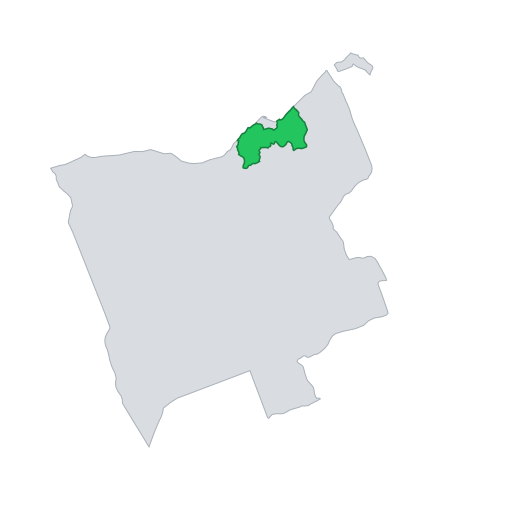 Bengo on a map of Angola (Albers equal-area conic projection), rotated 68°
{"feature_id": "AGO-1877", "entity_name": "Bengo", "entity_type": "Province", "adm_level": 1, "iso_a3": "AGO", "parent_name": "Angola", "parent_adm1": "", "projection": "albers", "projection_center": [13.878, -9.029], "detail": "fine", "context": "in_parent", "style": "filled", "palette": "green", "viewbox_px": 512, "rotation_deg": 68, "n_neighbors": 0, "source": "natural_earth", "source_scale": "10m", "svg_char_len": 7635}
<svg xmlns="http://www.w3.org/2000/svg" viewBox="0 0 512 512"><g transform="rotate(68 256 256)"><path d="M412.6,249.9L413.1,253.4L413.5,258.2L413.8,261.6L414.2,263.2L414.3,264.0L413.8,264.9L413.4,266.9L412.6,268.7L412.2,270.0L412.4,272.3L411.7,279.2L411.5,282.6L412.3,288.8L412.1,290.7L409.9,296.2L409.2,299.0L409.0,300.5L411.1,304.7L411.0,305.5L409.3,305.7L407.9,305.7L360.0,304.6L358.5,375.9L358.3,381.9L359.7,390.0L362.3,398.7L363.4,399.6L366.2,401.2L370.0,404.6L372.2,407.1L376.5,411.5L382.3,417.2L392.9,426.7L356.7,432.7L342.9,434.9L341.7,434.8L339.6,433.8L335.2,433.5L330.0,434.7L325.9,435.0L322.8,434.4L319.9,433.2L317.0,431.4L312.0,430.7L304.8,431.1L297.9,430.6L291.3,429.4L286.5,428.9L283.7,429.1L280.6,428.7L277.3,427.6L274.6,426.0L271.4,422.5L268.8,419.1L268.2,418.6L267.4,418.1L266.6,418.0L252.3,417.6L165.5,417.0L155.5,417.5L154.7,417.4L153.4,417.0L152.6,416.2L149.7,414.4L147.3,412.9L143.9,410.5L141.7,407.9L139.9,407.1L136.6,406.6L134.2,406.1L132.2,406.0L128.7,407.3L126.0,408.5L124.2,409.7L120.9,411.1L118.2,412.5L113.4,412.3L112.3,412.5L109.7,412.4L107.1,411.3L104.6,411.4L101.8,412.9L97.7,413.5L98.6,403.7L99.6,399.3L99.6,394.1L98.9,380.6L98.2,378.7L97.7,376.5L100.2,374.9L101.5,373.6L103.2,371.3L104.4,368.2L105.9,361.2L111.1,345.2L113.5,329.6L116.7,322.1L117.9,313.8L126.7,303.0L128.9,296.4L133.5,293.1L140.1,289.6L144.7,283.5L147.0,279.2L149.5,271.0L149.5,262.5L151.1,251.1L150.8,247.8L148.3,243.3L147.9,240.0L145.6,236.9L143.2,234.5L142.0,230.1L137.8,223.4L136.6,218.8L134.6,215.6L134.3,211.6L133.2,207.3L131.1,203.2L129.1,198.4L129.1,196.9L130.3,195.1L131.5,194.5L131.1,195.4L130.3,196.4L130.5,197.3L138.4,188.9L138.9,187.2L138.7,185.4L138.6,183.1L138.9,180.5L131.4,165.0L125.4,150.6L124.4,143.3L116.4,133.8L113.3,127.5L111.5,123.2L110.2,121.5L110.7,120.7L112.7,120.5L117.2,119.5L123.4,118.3L129.2,115.8L130.7,114.7L133.7,114.4L136.8,115.1L138.0,114.6L138.7,114.6L145.9,114.6L149.0,114.4L154.6,114.4L158.1,114.6L160.1,114.9L165.6,115.4L172.4,115.3L174.8,115.1L183.7,114.9L200.4,114.7L209.1,114.8L215.8,114.9L218.8,115.8L221.6,117.5L222.8,119.1L223.4,119.8L224.2,121.5L225.7,122.8L226.3,124.8L225.8,127.6L226.0,130.9L226.8,134.7L228.6,138.8L231.4,143.1L232.6,146.4L232.2,148.9L233.0,151.6L235.1,154.4L236.6,155.9L237.4,157.0L239.7,161.3L247.2,173.2L248.3,173.9L250.0,173.7L253.5,173.2L257.0,173.1L259.5,174.2L260.5,174.0L264.3,172.1L268.0,171.5L271.9,170.7L274.0,169.9L276.3,169.9L282.7,171.6L283.9,171.7L289.1,171.8L294.2,171.0L295.1,164.1L295.2,162.8L296.4,160.2L298.1,158.0L298.3,155.9L298.2,152.9L299.4,149.4L302.9,146.6L308.6,145.4L311.8,145.2L316.8,144.5L324.5,143.8L327.3,144.0L327.5,144.4L325.8,149.3L325.7,150.9L326.3,152.5L327.6,153.4L342.8,153.9L357.4,154.7L358.2,155.0L358.8,155.4L359.7,157.8L359.4,162.5L357.8,169.5L358.2,175.9L360.6,182.0L360.6,191.3L358.4,203.8L357.8,211.6L358.8,215.0L361.1,218.5L364.7,222.2L367.4,226.9L369.3,232.7L369.9,236.3L369.3,237.8L369.3,240.4L369.8,244.1L369.1,246.5L367.1,247.7L366.4,249.3L367.3,252.5L367.5,255.4L368.8,257.3L369.7,257.4L371.8,256.4L374.2,254.6L376.2,253.8L378.9,254.0L382.7,254.6L389.5,255.0L391.6,254.7L397.9,252.3L399.6,252.1L402.0,252.4L405.5,253.3L409.1,253.5L410.8,252.8L411.0,251.8L411.6,250.4L412.6,249.9ZM130.8,82.4L130.3,82.8L127.5,84.0L124.4,85.1L120.3,89.5L118.3,91.4L117.7,91.9L115.8,93.0L114.5,93.9L114.5,94.4L115.4,95.0L116.3,95.9L116.3,103.1L115.9,110.3L115.4,110.9L112.8,111.1L109.4,111.6L108.3,111.9L107.9,111.2L106.8,108.6L107.4,106.2L108.1,104.3L107.3,100.6L105.5,97.2L103.7,93.0L103.1,92.2L104.6,90.8L107.0,87.8L107.9,86.2L110.7,85.9L111.7,84.8L112.4,83.0L112.7,82.0L115.7,81.2L119.4,79.7L121.4,78.1L123.5,77.0L124.8,77.0L125.7,77.4L128.1,80.2L130.1,82.0L130.8,82.4Z" fill="#d9dde1" stroke="#a8b0b8" stroke-width="1"/><path d="M138.7,186.1L138.6,185.7L138.2,183.9L138.0,183.1L138.3,183.0L138.6,183.0L138.8,183.0L139.0,182.7L139.1,180.5L138.9,179.9L138.7,179.3L136.3,175.5L136.0,175.2L135.6,174.1L135.4,173.6L135.2,173.3L134.9,172.6L134.7,172.3L134.2,171.4L134.0,170.1L132.2,167.0L131.5,165.3L132.9,165.2L133.6,165.0L134.1,164.8L134.3,164.7L134.5,164.5L134.7,164.4L135.4,163.9L135.5,163.8L135.7,164.0L135.9,164.0L136.0,164.1L136.3,164.1L136.5,164.0L136.6,163.9L136.7,163.7L136.8,163.5L137.1,163.3L137.4,163.1L138.0,162.9L139.0,162.7L139.3,162.7L139.5,162.8L140.2,163.3L140.3,163.4L140.6,163.6L140.9,163.7L141.2,163.8L141.9,163.8L142.2,163.8L145.2,162.9L145.4,162.8L145.5,162.6L146.0,162.4L146.5,162.2L146.8,162.2L147.7,162.2L148.0,162.1L148.3,161.9L148.5,161.8L148.9,161.6L149.1,161.5L149.2,161.4L149.3,161.3L149.9,161.1L150.1,160.9L150.3,160.8L152.2,161.0L157.5,161.1L158.4,161.3L158.9,161.8L159.3,162.4L161.1,164.1L162.6,166.0L163.2,166.6L164.0,167.0L166.0,168.0L166.8,168.2L167.4,168.3L168.3,168.3L171.9,167.5L173.2,167.9L173.6,168.3L173.8,168.9L173.6,173.2L173.4,173.7L172.3,175.5L172.0,176.2L171.7,176.9L171.6,178.1L171.7,179.0L172.3,181.3L171.6,181.5L171.4,181.8L171.2,181.8L171.0,181.7L170.9,181.5L170.8,181.4L170.7,181.4L169.5,181.1L169.4,181.1L168.7,181.1L168.4,181.1L168.1,181.1L167.0,181.2L166.9,181.1L166.3,181.0L166.0,180.9L165.3,180.9L164.9,181.0L164.1,181.4L162.9,182.1L161.9,183.1L161.9,183.8L161.9,184.1L162.1,184.5L162.5,185.1L163.2,185.7L163.8,186.5L164.7,189.1L164.8,189.7L164.7,190.3L164.5,190.9L164.2,191.4L163.8,191.9L163.2,192.4L162.3,192.9L161.2,193.3L158.2,194.2L157.3,194.9L157.2,195.4L157.3,195.8L157.7,196.2L158.6,196.8L158.8,197.0L158.8,197.3L158.8,197.8L158.4,198.5L157.9,198.9L157.4,199.2L157.0,199.6L157.0,200.1L157.6,200.5L159.0,200.9L159.5,201.3L159.7,201.8L159.5,202.3L159.5,202.8L159.9,203.4L160.3,204.1L160.3,204.3L160.1,204.8L159.3,205.8L159.0,206.4L158.3,208.4L157.3,210.9L157.5,210.9L158.3,211.5L158.9,213.1L159.3,213.6L159.7,213.7L160.3,213.7L161.0,213.6L161.3,213.5L161.6,213.6L162.0,214.0L162.3,214.8L162.5,215.0L163.3,215.2L163.5,215.2L164.6,215.0L165.2,215.0L165.8,215.2L166.2,215.4L166.6,215.7L167.4,216.4L167.6,216.6L168.2,217.0L168.4,217.1L168.9,217.6L169.0,217.7L169.4,217.4L169.6,217.3L170.0,219.4L170.0,221.3L170.0,222.2L169.8,222.9L169.4,223.4L169.1,224.2L169.1,224.8L169.6,226.2L169.8,227.1L169.6,227.8L169.4,228.4L169.5,229.0L169.8,229.6L170.2,230.0L170.9,230.7L171.1,231.9L171.0,232.4L170.8,233.0L170.1,234.2L169.3,234.9L167.6,234.1L166.4,233.1L166.0,232.5L165.3,231.9L163.4,231.0L162.6,230.8L161.8,230.7L161.3,230.6L160.7,230.7L160.1,230.8L159.4,231.1L158.8,231.5L157.2,232.9L156.2,233.4L155.7,233.9L155.5,234.0L155.3,234.0L155.1,234.0L155.0,233.9L154.8,233.7L154.6,233.5L154.2,233.3L153.5,233.1L153.0,233.1L152.6,233.1L151.0,233.3L150.7,233.3L150.5,233.2L150.2,232.9L149.9,232.9L149.2,232.9L148.8,232.8L148.1,232.5L147.9,232.5L147.9,232.8L147.6,233.0L147.4,233.0L147.3,232.9L147.1,232.5L146.3,231.4L146.2,231.2L145.7,230.7L144.5,230.0L144.2,229.9L143.9,229.9L143.7,229.7L143.4,229.4L143.0,229.1L142.7,229.0L142.5,228.9L142.4,229.0L142.2,229.2L141.9,229.9L141.0,228.7L140.7,228.1L140.4,226.8L139.9,226.3L138.9,225.3L137.4,222.8L137.5,222.4L137.7,222.0L137.9,221.5L137.6,220.4L137.1,219.2L136.4,218.2L134.3,215.7L134.1,215.2L134.2,214.8L134.8,214.2L135.0,213.7L135.0,213.2L134.8,212.7L134.6,212.3L134.4,212.1L134.4,211.8L133.6,209.4L133.5,208.9L133.6,207.7L133.5,207.3L133.0,206.4L132.9,205.8L133.7,205.4L133.9,205.2L134.5,204.4L134.9,203.4L135.5,202.4L136.4,201.6L137.1,201.3L137.5,201.3L138.5,201.4L139.1,201.4L139.4,201.3L139.8,201.2L140.3,201.3L141.5,201.6L141.7,201.0L142.2,196.3L143.2,195.0L144.0,193.6L144.5,193.2L144.9,192.9L145.7,192.8L145.8,191.9L145.6,190.7L145.1,189.0L144.8,188.3L144.3,187.8L143.8,187.7L143.3,187.9L142.8,187.8L142.5,187.8L141.3,186.8L140.7,186.5L140.2,186.3L138.7,186.1L138.7,186.1Z" fill="#22c55e" stroke="#15803d" stroke-width="1.5"/></g></svg>